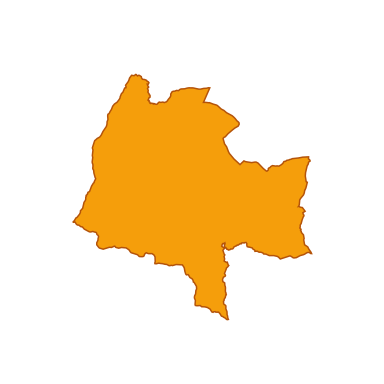 Labranza Grande, Boyacá, Colombia, rotated 156°
{"feature_id": "7082276B6465404619249", "entity_name": "Labranza Grande", "entity_type": "district", "adm_level": 2, "iso_a3": "COL", "parent_name": "Colombia", "parent_adm1": "Boyacá", "projection": "mercator", "projection_center": [-72.59, 5.546], "detail": "fine", "context": "isolated", "style": "filled", "palette": "amber", "viewbox_px": 384, "rotation_deg": 156, "n_neighbors": 0, "source": "geoboundaries", "source_scale": "gbopen_adm2", "svg_char_len": 6055}
<svg xmlns="http://www.w3.org/2000/svg" viewBox="0 0 384 384"><g transform="rotate(156 192 192)"><path d="M255.0,141.6L253.9,141.0L251.3,140.5L249.5,139.3L248.2,138.6L246.1,137.0L244.4,136.0L243.1,134.2L242.5,133.8L240.6,133.4L239.7,132.7L236.0,132.2L230.4,129.3L229.9,126.0L230.8,122.3L231.1,119.6L230.8,118.6L229.2,118.1L229.0,117.8L228.7,114.8L227.1,112.4L227.0,110.6L227.4,109.2L226.8,108.5L226.3,104.0L227.2,101.6L228.6,100.3L230.2,97.4L231.8,96.1L232.5,95.1L232.9,94.2L233.0,91.6L234.9,88.1L235.1,87.0L233.8,86.1L230.6,84.9L229.9,83.3L226.9,81.8L224.8,80.1L223.1,77.6L222.7,74.4L221.7,73.5L221.0,73.7L219.5,73.3L219.2,72.6L216.6,71.4L216.0,69.7L215.6,66.7L214.6,65.7L213.9,64.5L213.0,63.4L212.2,61.5L211.6,61.0L210.6,60.8L210.5,62.4L209.9,64.5L209.8,66.0L209.3,66.9L208.7,68.6L208.6,71.5L207.4,74.1L207.5,74.9L208.4,76.3L208.5,77.1L207.7,79.3L206.7,80.0L206.3,80.9L204.5,82.1L203.6,83.4L202.5,84.2L202.7,84.7L202.3,85.1L202.0,86.1L202.1,86.9L201.5,88.6L200.4,90.8L200.0,92.2L200.0,93.2L199.1,95.7L200.3,97.6L199.6,99.8L197.9,101.4L196.2,101.5L195.5,101.9L195.3,102.6L195.5,104.3L191.9,107.9L191.4,108.6L189.8,109.1L188.3,109.9L188.6,110.8L188.3,113.6L188.6,113.7L189.3,113.7L189.7,114.6L190.5,115.4L190.7,115.9L189.4,117.6L189.0,120.0L187.6,121.2L187.9,122.2L187.5,126.2L185.3,127.3L185.4,127.9L186.8,130.0L186.9,130.5L186.3,131.0L185.8,131.8L184.8,132.4L183.2,131.9L182.7,132.1L182.8,131.5L183.0,131.1L183.6,131.1L183.8,131.0L183.9,130.2L184.4,129.4L184.5,128.5L184.3,128.0L183.7,127.5L183.8,126.8L183.4,126.2L183.5,125.6L182.6,124.9L182.4,124.2L181.6,124.1L181.0,123.8L179.8,124.2L179.4,123.9L177.9,123.5L176.9,124.0L176.4,124.6L174.2,124.9L173.2,124.7L172.5,125.1L172.1,124.9L171.7,125.0L171.3,124.7L169.2,125.2L168.6,124.8L168.2,124.9L167.9,124.7L167.6,125.2L166.0,124.9L165.2,124.2L164.7,124.4L163.1,123.9L162.9,122.3L163.5,121.5L163.8,119.7L163.3,119.3L163.1,118.9L162.4,118.6L159.8,116.5L159.4,114.7L158.6,113.9L158.4,113.3L158.3,112.8L158.6,112.2L156.5,111.4L155.2,109.7L154.1,109.3L153.0,108.5L152.0,107.4L151.8,106.3L149.6,105.1L147.3,102.5L143.1,100.6L140.4,98.6L139.5,97.4L138.6,94.9L128.4,93.8L127.5,92.7L126.3,90.7L125.4,90.2L123.4,89.6L119.0,89.9L115.7,89.4L114.3,89.4L111.8,89.8L110.7,89.6L109.5,89.1L108.6,87.5L107.8,87.1L107.8,88.7L108.5,92.2L108.6,94.8L110.6,98.0L109.4,102.9L108.5,103.9L107.6,107.5L108.5,110.5L108.2,111.7L108.5,112.6L107.7,113.3L107.6,113.8L108.1,114.5L108.1,115.4L107.5,115.8L106.6,117.8L105.1,118.8L102.7,121.8L100.6,123.9L99.4,124.7L99.2,125.6L99.4,126.6L99.1,128.0L96.5,128.4L97.5,132.9L99.3,134.1L100.2,135.4L100.6,135.5L99.9,135.9L99.0,137.0L96.8,141.0L95.3,142.0L91.3,144.0L89.8,145.5L88.2,147.9L87.9,147.9L86.3,149.4L85.0,151.0L82.7,154.0L83.5,155.0L82.0,160.5L80.4,163.5L76.3,168.9L74.3,170.4L73.6,171.6L72.9,172.0L71.7,172.1L71.4,172.6L71.4,173.4L72.1,174.9L71.2,176.7L76.7,178.8L81.0,179.8L86.9,181.7L88.1,181.6L89.2,181.9L90.7,181.9L92.6,182.4L94.0,182.0L95.3,182.4L95.7,182.4L97.5,181.1L99.9,180.5L101.9,180.3L102.5,180.5L103.7,181.3L104.8,181.5L107.8,183.4L109.7,183.2L110.9,182.6L111.8,182.7L112.7,182.4L113.3,181.2L113.8,180.9L114.6,180.6L115.5,180.8L117.3,184.4L119.9,191.6L121.2,193.2L122.2,193.7L125.6,194.6L130.1,197.5L131.2,198.4L131.9,199.3L137.0,197.5L140.2,205.0L142.2,212.0L142.3,214.1L142.0,219.2L142.7,222.7L141.9,228.0L141.7,228.4L140.4,228.9L139.1,228.9L135.4,230.6L129.6,232.3L126.8,233.0L123.0,233.4L121.3,234.8L120.9,236.1L121.1,237.0L122.0,238.8L122.7,241.6L123.5,243.7L124.4,245.5L128.2,250.4L129.7,253.6L131.5,255.8L133.6,260.6L134.2,261.4L136.9,263.7L139.7,266.5L140.0,266.5L143.2,268.4L145.1,269.2L133.4,279.9L134.4,280.5L136.6,280.9L139.2,281.9L142.4,282.5L144.1,283.3L148.6,286.6L152.4,288.4L154.2,288.9L156.8,289.3L160.2,290.6L161.4,290.6L163.1,290.1L164.8,291.1L166.6,291.1L168.3,291.7L169.6,291.6L171.6,290.1L172.3,288.5L173.6,287.4L176.1,286.2L177.4,285.3L178.8,284.8L181.0,285.0L182.0,286.0L184.0,286.5L185.4,287.5L186.8,287.1L187.9,286.5L188.9,286.6L189.4,286.9L190.2,287.8L191.0,287.8L191.0,288.4L192.1,288.8L192.5,289.5L193.9,289.7L194.2,290.0L193.9,291.1L194.5,292.0L194.0,292.9L194.8,293.9L194.0,294.4L193.3,295.4L191.9,295.6L191.6,296.0L191.0,297.5L191.5,298.2L191.3,299.1L191.7,301.1L191.5,301.6L191.0,301.9L190.6,302.8L190.6,304.6L190.2,305.0L189.2,305.2L188.9,305.5L189.2,307.1L189.0,308.7L188.3,308.2L186.9,309.3L187.1,310.4L187.9,311.4L188.1,312.5L189.5,314.0L191.4,315.1L191.7,316.7L191.4,318.0L192.6,319.9L193.1,320.3L194.6,320.2L195.2,322.0L195.6,322.3L197.6,321.8L199.7,323.2L202.7,321.5L204.2,319.8L205.5,318.7L209.3,316.5L209.5,314.9L210.0,314.1L210.6,314.4L211.3,314.3L214.5,311.3L216.5,310.5L218.9,308.2L219.4,307.3L220.8,306.2L223.9,304.5L227.1,303.9L229.6,302.6L232.0,300.2L234.0,298.9L235.8,297.4L237.2,297.2L238.1,295.8L239.3,292.4L241.0,290.7L242.1,288.5L243.6,286.7L248.7,283.5L251.8,280.9L253.4,280.0L254.1,279.7L256.8,279.5L259.1,278.7L259.8,278.6L260.3,278.2L265.1,272.8L265.4,270.6L268.2,265.9L268.7,263.8L270.8,260.4L271.3,259.1L271.3,257.6L272.0,255.8L273.0,254.1L273.2,253.0L273.0,251.9L273.9,249.2L274.6,244.6L274.5,243.7L274.7,243.2L277.0,241.3L277.6,240.4L278.5,240.2L281.4,238.2L285.2,234.3L286.2,234.0L286.9,234.1L287.5,233.7L287.7,233.3L288.0,233.2L288.5,232.4L290.1,232.0L290.2,231.2L291.1,230.6L292.1,228.5L293.0,227.6L294.8,226.5L298.5,221.6L301.6,220.2L302.2,218.8L303.7,217.5L307.3,215.6L308.6,215.5L311.4,213.5L312.4,213.3L312.8,212.9L312.7,212.6L311.0,212.0L310.8,209.9L310.5,209.1L309.9,208.3L308.8,207.7L307.8,205.7L306.3,204.6L305.5,201.9L302.0,197.4L300.8,196.7L298.6,196.3L297.6,195.3L296.1,194.2L295.9,193.3L296.1,191.8L295.4,190.5L295.5,189.2L296.8,187.6L297.5,186.2L299.7,184.3L300.5,182.5L299.7,179.1L299.2,178.3L296.4,175.9L289.9,175.1L288.1,174.1L285.1,174.1L284.5,173.8L284.3,172.7L283.8,172.1L281.8,170.5L279.0,170.0L274.9,167.7L273.1,164.8L272.7,162.4L272.3,161.3L267.3,156.9L266.5,154.7L266.1,154.3L263.9,153.2L262.6,152.9L261.9,153.1L260.4,154.6L258.5,155.1L257.0,153.5L253.5,151.9L252.3,149.7L252.2,147.7L253.9,143.4L254.9,142.2L255.0,141.6Z" fill="#f59e0b" stroke="#b45309" stroke-width="1.5"/></g></svg>